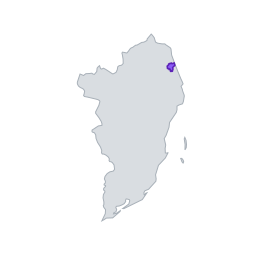 Macuelizo, Santa Bárbara, Honduras shown in context, rotated 111°
{"feature_id": "27666195B20976347050961", "entity_name": "Macuelizo", "entity_type": "district", "adm_level": 2, "iso_a3": "HND", "parent_name": "Honduras", "parent_adm1": "Santa Bárbara", "projection": "natural_earth1", "projection_center": [-88.551, 15.242], "detail": "fine", "context": "in_parent", "style": "filled", "palette": "violet", "viewbox_px": 256, "rotation_deg": 111, "n_neighbors": 0, "source": "geoboundaries", "source_scale": "gbopen_adm2", "svg_char_len": 3562}
<svg xmlns="http://www.w3.org/2000/svg" viewBox="0 0 256 256"><g transform="rotate(111 128 128)"><path d="M224.0,119.1L216.1,118.5L212.3,119.7L210.7,122.2L209.3,123.3L208.1,123.1L205.7,124.0L202.1,126.3L198.9,127.1L196.0,126.6L195.1,127.1L194.9,127.9L194.5,128.6L193.3,129.0L192.1,128.8L190.6,128.0L189.8,128.3L189.8,129.8L189.0,130.2L187.5,129.5L185.8,130.0L184.0,131.8L181.4,132.1L178.0,131.1L175.4,129.2L173.6,126.4L171.4,125.7L167.5,127.8L165.9,130.2L165.6,131.7L165.9,133.1L165.2,134.0L163.4,134.4L162.1,136.1L161.2,138.9L161.0,141.1L161.5,142.7L160.7,143.8L158.3,144.5L155.5,147.0L152.4,151.2L149.2,154.1L146.0,155.7L144.5,157.6L144.6,159.6L144.4,160.2L143.8,160.5L142.8,160.8L136.7,156.4L134.9,153.3L133.4,153.8L131.5,155.3L128.8,158.8L125.9,163.4L124.5,164.0L117.3,163.3L113.4,163.7L112.7,164.3L112.3,166.0L112.5,168.3L113.6,176.6L114.2,180.0L113.6,181.1L111.7,181.2L109.1,181.7L107.8,183.3L107.4,184.9L107.3,187.1L106.5,189.4L104.9,191.1L103.4,191.7L94.8,192.1L94.9,188.3L92.4,186.8L91.0,183.6L89.8,181.4L90.2,180.1L90.0,178.6L86.5,177.4L83.2,178.3L81.3,177.7L80.0,176.9L82.3,175.0L82.5,173.9L81.7,173.0L81.0,172.5L81.2,170.3L81.7,167.8L83.0,161.9L82.5,160.9L80.3,159.1L77.5,158.9L74.5,159.5L73.0,158.6L71.7,156.5L69.5,155.6L65.6,157.2L61.5,159.6L60.3,160.5L59.2,160.4L58.8,158.6L58.5,156.4L58.3,155.9L56.1,155.1L53.6,154.5L52.3,153.9L51.0,152.5L48.0,150.6L47.3,149.2L43.2,145.9L42.4,144.3L41.4,143.2L39.5,141.7L37.9,142.0L32.7,140.2L32.0,140.0L32.7,138.4L34.3,135.9L37.9,133.1L38.2,130.8L37.3,126.5L36.3,123.7L36.8,122.4L37.9,117.4L38.8,116.2L43.9,113.6L44.4,113.3L48.5,109.7L53.0,105.7L57.7,101.4L62.9,96.5L65.7,93.6L67.1,92.4L70.1,93.4L72.5,91.1L73.8,90.3L77.0,87.5L78.0,86.9L83.4,85.8L85.9,85.8L88.2,88.6L90.0,90.1L93.4,88.8L96.2,88.5L107.9,91.2L112.6,90.0L121.1,89.8L124.9,90.4L130.4,86.7L133.8,86.0L137.9,84.2L137.4,82.4L136.4,81.7L142.6,82.4L151.9,86.2L161.8,85.5L165.4,83.5L167.7,82.9L177.8,86.8L180.5,89.7L182.6,90.0L184.2,89.3L184.6,88.7L182.6,88.1L181.7,87.1L189.7,89.0L204.8,103.0L205.1,104.1L198.7,100.0L195.3,100.3L194.4,101.0L194.6,103.2L194.9,104.3L196.4,104.4L197.5,103.8L200.1,104.5L201.9,106.0L204.0,108.3L205.3,110.8L206.7,110.9L208.0,109.4L210.6,109.2L212.3,110.9L213.4,110.8L211.8,108.2L207.9,105.6L208.8,105.5L217.4,110.1L219.9,116.0L221.9,117.3L224.0,119.1ZM122.9,68.8L118.0,71.6L116.4,71.6L118.7,69.4L122.4,67.5L125.5,66.6L128.0,67.0L122.9,68.8ZM139.9,65.8L137.5,67.9L137.1,66.9L138.2,65.0L139.6,63.9L141.0,64.0L140.7,64.8L139.9,65.8Z" fill="#d9dde1" stroke="#a8b0b8" stroke-width="1"/><path d="M52.5,111.6L52.8,111.8L52.9,112.0L52.9,112.3L53.0,112.4L53.0,112.5L53.3,112.7L53.5,112.6L53.6,112.8L53.8,112.8L53.9,113.0L54.0,113.0L54.7,112.8L56.2,113.6L56.3,113.4L57.3,112.9L57.6,112.9L57.8,112.9L57.9,112.7L58.0,112.7L58.2,112.4L58.2,112.2L58.3,111.9L58.2,111.8L58.1,111.7L58.2,111.4L58.3,111.3L58.3,111.2L58.2,111.2L58.2,110.9L58.3,110.9L58.2,110.9L58.2,110.7L58.2,110.4L58.3,110.3L58.3,110.2L58.2,110.2L58.3,110.0L58.3,109.9L58.3,109.7L58.5,109.5L58.6,109.4L58.7,109.5L58.7,109.4L58.8,109.3L58.8,109.2L58.7,109.2L58.8,109.1L58.9,108.9L59.0,108.8L59.0,108.7L59.2,108.4L59.3,108.4L59.3,108.5L59.4,108.4L59.5,108.4L59.5,108.5L59.8,108.6L59.9,108.4L59.8,108.2L59.7,108.2L59.6,107.9L59.4,107.9L59.4,107.7L59.4,107.4L59.3,107.1L59.2,107.0L58.8,107.5L58.7,107.5L57.9,107.1L57.7,106.9L56.6,107.3L56.4,107.4L56.2,107.5L55.6,108.0L53.8,107.3L53.2,106.7L52.7,106.7L50.7,108.2L50.9,108.5L52.2,109.9L51.8,110.9L51.9,111.0L52.0,111.0L52.3,111.3L52.5,111.4L52.5,111.5L52.5,111.6Z" fill="#8b5cf6" stroke="#5b21b6" stroke-width="1.5"/></g></svg>